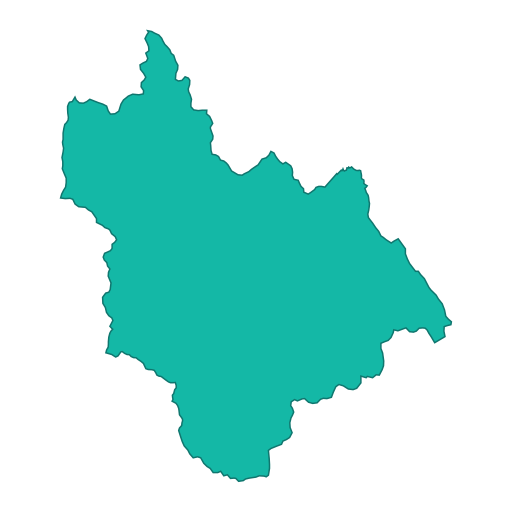 outline of Hulu Terengganu, Terengganu, Malaysia
{"feature_id": "92858781B28434348300239", "entity_name": "Hulu Terengganu", "entity_type": "district", "adm_level": 2, "iso_a3": "MYS", "parent_name": "Malaysia", "parent_adm1": "Terengganu", "projection": "natural_earth1", "projection_center": [102.769, 5.077], "detail": "fine", "context": "isolated", "style": "filled", "palette": "teal", "viewbox_px": 512, "rotation_deg": 0, "n_neighbors": 0, "source": "geoboundaries", "source_scale": "gbopen_adm2", "svg_char_len": 5266}
<svg xmlns="http://www.w3.org/2000/svg" viewBox="0 0 512 512"><path d="M63.1,133.1L63.1,139.5L62.5,142.1L62.8,144.6L63.6,148.2L63.1,152.0L62.0,157.5L62.8,161.7L62.8,165.8L62.3,168.7L64.5,174.2L66.2,178.1L66.2,182.6L65.6,187.1L63.6,190.3L61.7,194.1L60.6,198.0L65.3,198.6L70.0,198.3L72.8,199.3L75.1,204.1L78.7,206.7L81.7,207.0L85.4,207.3L88.4,209.9L91.8,211.8L96.5,218.6L96.5,222.4L102.4,225.3L104.9,227.6L108.5,228.9L109.9,230.1L111.6,233.7L115.2,236.6L116.6,239.8L114.6,242.4L112.1,244.3L112.1,248.5L110.4,250.7L107.6,252.0L104.6,253.3L103.2,257.1L104.3,260.0L106.8,262.6L107.6,266.1L109.9,269.0L108.5,272.3L108.2,276.1L111.0,282.9L110.2,289.6L108.8,292.2L105.7,293.1L102.6,297.3L102.9,303.4L105.4,307.6L106.5,312.4L108.8,315.7L111.8,317.9L112.9,320.5L109.9,326.3L112.2,328.8L112.7,329.2L110.9,331.2L109.8,333.3L108.8,337.2L108.4,341.7L108.4,344.0L108.2,347.1L106.6,350.0L105.9,352.8L111.8,354.5L113.9,355.9L115.7,357.0L118.0,355.9L120.9,351.8L122.3,351.6L124.5,353.3L127.0,354.5L129.4,354.7L131.1,356.5L133.5,357.6L136.2,357.8L138.0,359.4L140.9,361.3L143.5,363.5L144.4,365.6L145.9,368.7L148.2,369.5L151.9,369.7L154.2,370.3L155.7,372.6L156.9,375.1L158.9,376.1L161.2,376.5L165.8,380.0L168.5,381.9L170.5,382.7L173.1,382.7L175.3,382.5L176.2,385.4L176.2,387.8L174.7,389.7L173.7,393.6L172.4,395.2L172.6,397.3L173.0,399.4L172.1,401.2L174.0,402.2L176.0,403.3L177.6,405.5L178.7,408.4L179.0,410.3L179.5,414.8L181.2,417.1L182.4,418.9L182.6,420.8L182.0,422.8L181.7,425.5L179.5,428.0L178.7,430.4L178.9,431.2L180.6,436.6L182.3,441.7L184.2,445.9L187.9,450.1L189.8,453.9L193.2,457.8L197.6,456.8L200.7,457.8L203.8,463.3L207.1,466.5L210.2,468.4L213.2,472.6L217.7,472.6L220.7,471.3L223.8,475.8L227.4,474.8L230.5,478.4L234.1,478.1L235.8,478.4L238.6,481.3L243.3,480.6L245.5,479.0L249.2,478.1L255.9,477.1L259.2,475.8L264.2,476.1L266.2,476.8L268.0,475.5L268.4,475.2L269.5,468.4L269.5,464.6L269.2,458.8L268.7,453.6L268.4,450.4L270.9,448.5L276.5,446.2L281.5,444.3L282.9,441.1L286.5,439.5L289.6,437.5L292.1,432.7L290.1,427.6L289.8,422.7L291.0,417.9L292.4,415.3L293.7,412.1L292.4,408.3L290.7,405.7L291.2,401.8L294.6,399.6L297.4,400.9L302.1,398.9L304.6,398.6L308.5,402.2L312.7,403.4L317.1,402.8L320.5,399.3L323.3,398.3L326.9,398.6L331.4,397.3L333.3,392.2L335.8,386.7L338.9,384.5L343.3,385.8L348.3,389.0L353.1,389.6L356.7,388.3L360.9,382.9L360.9,378.7L360.9,376.1L366.2,377.7L367.3,376.4L372.6,377.7L376.2,374.8L379.3,375.1L382.1,369.7L383.5,365.8L383.7,361.0L382.6,353.0L380.9,348.5L380.9,343.3L384.6,341.7L388.2,340.4L391.0,337.5L393.2,332.7L393.8,329.8L397.9,330.8L404.1,328.5L406.0,327.9L409.6,331.7L413.5,332.1L416.3,331.1L419.1,328.2L422.7,327.9L425.2,328.2L427.2,330.1L428.9,333.3L431.1,336.6L434.7,342.7L445.0,336.6L443.9,331.1L444.2,326.6L447.2,325.6L450.9,324.7L451.3,322.3L451.4,321.8L448.4,319.2L445.8,316.3L444.5,309.9L442.2,303.8L438.3,298.9L436.1,295.1L430.8,289.9L428.9,287.4L424.4,278.7L420.5,274.5L418.3,271.3L415.5,271.3L409.6,263.6L407.4,259.1L405.4,253.9L405.4,248.8L398.2,238.8L394.0,241.1L391.2,243.0L386.2,239.8L383.4,237.5L380.9,235.9L378.7,231.4L375.6,227.6L372.6,223.1L369.8,219.5L368.4,217.6L367.8,214.1L368.7,210.2L369.2,206.7L369.5,203.5L369.0,201.2L368.6,197.5L368.1,195.3L367.1,193.7L366.3,192.5L365.7,190.5L364.8,188.3L366.0,187.4L367.2,185.8L365.0,184.5L363.8,183.4L364.0,181.6L363.9,180.7L363.8,180.0L361.9,178.9L361.4,177.9L361.5,175.7L361.3,174.1L360.9,172.3L360.6,170.7L359.1,170.2L358.4,170.6L356.1,170.4L353.7,169.0L352.6,167.9L351.6,166.9L350.9,167.4L349.7,167.9L348.7,167.1L348.3,168.0L347.0,167.8L346.7,169.0L346.4,170.2L345.2,170.5L344.6,171.0L343.7,170.6L343.0,168.9L342.3,170.6L341.5,170.7L341.2,170.2L337.2,174.3L336.7,173.7L324.9,187.1L321.3,186.4L318.8,186.4L316.0,187.4L314.6,189.6L310.7,192.5L308.2,194.1L303.8,192.2L303.5,188.7L301.0,186.4L299.3,182.9L298.2,180.3L294.0,179.3L292.3,175.5L292.6,172.3L292.1,168.7L290.7,165.8L285.7,162.3L282.9,163.9L279.8,161.7L277.6,159.1L275.6,156.2L274.0,153.0L270.9,151.4L268.9,155.2L266.2,157.8L262.0,159.1L258.1,164.9L255.6,166.5L251.4,169.4L248.9,171.6L244.1,173.9L242.2,175.2L238.0,174.8L231.6,171.0L229.7,167.8L228.0,164.9L226.3,163.0L223.8,161.0L220.5,160.1L218.5,156.5L215.7,154.9L212.1,154.3L211.0,150.4L210.7,145.6L210.4,142.7L212.7,139.2L213.0,136.0L210.4,128.6L210.4,127.0L212.7,123.4L211.6,120.5L209.6,116.4L206.5,113.8L206.8,110.2L202.4,110.2L198.2,110.6L193.7,109.9L190.9,106.7L190.9,103.2L191.5,99.3L190.1,94.8L188.7,91.9L188.2,89.0L189.6,84.5L189.8,80.4L188.4,78.1L185.1,76.8L182.0,80.4L178.4,81.0L175.4,79.4L175.9,73.3L177.6,69.4L177.9,65.3L175.6,61.1L173.7,55.3L171.2,53.4L169.8,49.8L167.3,46.9L164.8,44.4L162.8,40.8L161.7,38.3L158.9,35.1L154.5,33.1L151.7,31.5L147.6,30.7L148.6,32.2L146.7,35.1L145.0,38.6L147.2,43.1L148.6,46.6L148.9,50.8L145.8,53.1L147.8,58.5L146.4,61.4L143.0,63.0L140.0,64.9L140.5,69.4L143.6,73.3L145.8,77.2L144.2,80.0L141.4,82.6L141.1,86.8L143.6,90.6L143.3,93.9L138.9,94.8L132.7,94.2L128.3,96.1L126.0,98.0L123.5,100.0L121.0,104.1L118.8,111.2L114.9,113.8L110.4,114.1L108.2,110.9L106.6,106.1L102.7,104.1L97.9,102.5L89.8,99.3L86.8,101.6L83.4,103.2L79.3,102.9L76.2,100.0L75.0,97.1L72.3,101.6L69.5,102.2L68.7,103.5L67.6,106.4L67.6,109.3L67.8,113.1L68.4,117.3L68.1,120.2L66.4,122.8L64.8,124.4L63.9,128.2L63.1,133.1Z" fill="#14b8a6" stroke="#0f766e" stroke-width="1.5"/></svg>